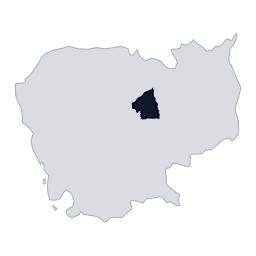 Sandan, Kâmpóng Thum, Cambodia shown in context
{"feature_id": "14789045B38871502259240", "entity_name": "Sandan", "entity_type": "district", "adm_level": 2, "iso_a3": "KHM", "parent_name": "Cambodia", "parent_adm1": "Kâmpóng Thum", "projection": "albers", "projection_center": [105.429, 13.113], "detail": "fine", "context": "in_parent", "style": "filled", "palette": "ink", "viewbox_px": 256, "rotation_deg": 0, "n_neighbors": 0, "source": "geoboundaries", "source_scale": "gbopen_adm2", "svg_char_len": 6434}
<svg xmlns="http://www.w3.org/2000/svg" viewBox="0 0 256 256"><path d="M236.5,33.8L237.2,36.2L235.5,40.8L233.6,44.9L230.1,48.6L229.9,51.2L228.7,59.2L229.2,61.7L230.1,63.9L231.2,65.0L234.4,72.8L237.3,79.8L240.1,85.6L240.6,89.3L238.2,98.6L235.2,107.2L235.5,111.5L236.9,115.7L238.3,121.4L238.8,128.7L238.1,133.4L236.8,136.4L234.2,139.4L232.0,141.0L229.3,138.4L227.1,138.3L224.2,139.1L222.0,140.3L217.3,144.8L212.2,149.1L205.1,150.3L202.4,153.5L199.4,153.9L193.8,154.1L190.1,154.9L190.3,156.5L190.0,164.1L190.1,165.9L189.5,166.3L187.0,166.6L182.6,165.4L176.8,163.6L172.6,163.3L170.5,166.6L169.2,167.9L167.6,168.1L166.0,168.7L165.4,170.2L165.3,172.0L166.1,175.2L166.4,180.2L166.2,183.6L167.8,185.8L176.7,193.0L179.4,194.8L179.7,195.9L178.1,199.9L179.5,205.5L176.7,205.4L172.0,203.0L169.8,201.5L167.1,202.7L166.1,202.5L164.3,199.7L161.9,196.9L159.4,196.8L154.2,197.9L148.9,198.6L146.9,198.6L146.0,199.1L142.9,203.3L141.6,202.6L136.2,201.0L131.3,200.4L130.3,201.5L130.9,204.9L132.0,208.2L131.4,209.6L128.7,211.3L125.1,214.4L122.9,216.9L121.4,217.5L116.0,217.4L110.6,217.7L108.4,220.0L106.3,221.7L104.6,222.2L97.5,216.5L83.5,214.4L82.0,211.9L80.7,211.4L79.3,214.7L71.6,217.8L68.4,215.8L66.1,213.5L66.4,210.7L68.7,208.4L72.5,206.8L74.3,201.1L71.5,193.7L68.9,191.5L66.2,189.8L63.4,192.5L61.0,197.2L58.5,199.6L55.0,200.1L49.8,199.9L47.9,192.8L47.3,186.8L48.0,179.9L48.9,175.9L44.0,170.2L43.8,164.9L41.4,162.1L40.7,163.5L40.7,165.0L40.1,163.9L32.4,148.2L31.2,140.9L32.6,135.3L33.4,133.4L31.2,130.4L28.1,127.1L22.6,122.6L22.3,115.7L21.1,107.5L19.5,104.7L17.0,99.6L15.7,95.4L15.4,84.4L16.1,83.5L20.0,83.2L25.1,82.5L25.9,80.7L25.0,79.2L28.3,76.8L32.9,71.4L36.6,65.7L39.2,62.1L40.7,58.5L46.0,53.5L53.2,50.1L58.0,49.3L63.1,48.1L67.9,46.5L70.2,46.3L76.2,48.4L79.4,49.0L82.9,49.0L86.4,49.2L89.5,49.0L96.8,47.6L104.6,48.8L111.6,47.9L120.3,46.3L124.5,47.3L128.3,49.0L128.9,52.3L129.8,53.9L131.1,55.1L132.8,55.1L135.0,52.7L136.8,50.3L137.4,49.9L137.5,51.1L138.4,53.7L140.1,56.3L141.7,58.0L144.5,60.2L146.3,60.4L152.2,58.2L161.1,61.3L162.1,62.9L165.0,66.1L168.1,68.3L175.0,68.5L177.4,62.9L176.2,59.4L172.3,53.5L171.2,50.0L172.5,49.4L179.1,48.7L180.2,48.0L181.7,44.1L183.5,44.6L187.2,45.0L191.1,42.4L193.4,39.6L194.6,40.9L196.0,42.8L197.5,43.9L200.4,45.6L203.5,47.9L205.4,50.2L206.9,51.1L210.9,50.4L212.0,50.5L214.2,47.7L215.8,46.2L217.2,46.6L219.2,46.5L223.3,43.0L225.7,39.7L226.9,38.8L230.6,40.4L232.1,40.0L234.2,35.6L236.5,33.8ZM45.3,183.5L44.6,184.0L43.8,183.9L43.1,183.3L43.2,180.8L43.8,179.2L45.0,178.9L45.3,183.5ZM56.9,208.5L55.3,210.2L52.8,206.6L52.8,205.7L56.9,208.5Z" fill="#d9dde1" stroke="#a8b0b8" stroke-width="1"/><path d="M132.9,108.1L133.4,108.1L134.0,108.1L134.8,108.0L135.1,108.2L135.2,108.4L135.3,108.6L135.5,108.7L135.6,108.9L135.8,109.0L136.0,109.2L136.3,109.2L136.3,109.3L136.4,109.5L136.5,109.6L136.5,109.8L136.6,110.0L136.9,110.3L137.0,110.3L137.1,110.5L137.3,110.8L137.2,111.0L137.1,110.9L137.1,111.0L136.9,111.2L136.8,111.4L137.0,111.5L137.1,111.8L137.1,112.0L137.3,112.0L137.2,111.8L137.2,111.7L137.3,111.4L137.5,111.3L137.6,111.2L137.9,111.2L137.9,111.3L138.1,111.2L138.3,110.9L138.2,110.8L138.5,110.7L139.0,110.4L139.6,110.4L140.0,110.4L140.3,110.4L140.7,110.4L140.9,110.5L141.0,110.7L141.1,111.0L141.2,111.4L141.2,111.6L141.1,112.0L140.9,112.3L141.0,112.4L141.3,112.4L141.5,112.5L141.6,113.1L141.6,113.7L141.4,114.3L141.3,114.5L141.0,114.7L141.1,114.8L141.3,115.0L141.3,115.3L141.3,115.6L141.0,116.1L141.5,116.5L142.0,117.1L142.1,117.6L142.2,118.2L142.2,118.4L142.0,118.5L142.4,118.7L142.6,118.5L142.9,118.5L143.0,118.5L143.3,118.6L143.5,118.5L143.9,118.6L144.1,118.6L144.3,118.5L144.7,118.6L144.9,118.6L145.1,118.5L145.3,118.5L145.4,118.4L145.7,118.3L145.9,118.2L146.2,118.1L146.4,117.9L146.5,117.9L147.0,117.5L147.1,117.4L147.3,117.6L147.5,117.6L147.9,117.6L148.2,117.6L148.6,117.5L148.9,117.7L149.0,117.8L149.3,117.8L149.5,117.8L149.6,117.7L149.8,117.7L149.9,117.8L150.0,117.8L150.4,117.8L150.6,117.8L150.8,117.8L150.9,117.7L151.1,117.8L151.3,117.8L151.5,117.8L151.8,118.0L152.0,118.0L152.3,118.0L152.5,118.1L152.8,118.0L153.0,117.9L153.4,117.8L153.5,117.8L153.8,117.7L154.0,117.7L154.3,117.7L154.4,117.8L154.5,117.7L154.8,117.8L155.0,117.7L155.3,117.6L155.5,117.6L155.7,117.4L155.9,117.3L156.0,117.3L156.0,117.2L156.3,117.2L156.4,117.3L156.7,117.1L156.8,117.3L156.9,117.2L157.1,117.3L157.2,117.2L157.4,117.3L157.5,117.4L157.6,117.5L157.6,117.8L158.0,118.0L158.3,118.0L158.6,118.1L158.6,117.8L158.6,117.7L158.6,117.4L158.8,117.2L158.6,116.8L158.4,116.7L158.2,116.4L158.2,116.2L158.3,116.2L158.5,116.0L158.6,115.9L158.8,115.6L158.9,115.3L159.0,115.0L159.0,114.8L158.9,114.4L158.8,114.2L158.6,113.8L158.5,113.4L158.4,113.3L157.8,113.1L157.7,113.0L157.5,112.4L157.5,112.2L157.8,112.0L158.1,111.8L158.2,111.5L158.4,111.2L158.5,111.1L158.5,110.9L158.4,110.8L158.2,110.6L157.8,110.2L157.6,110.2L157.3,110.1L157.0,109.7L157.0,109.4L157.3,108.9L157.3,108.6L157.1,108.2L157.0,107.6L156.7,106.7L156.5,106.3L156.5,106.2L156.8,105.7L156.7,105.7L156.8,105.5L156.9,105.4L156.9,105.2L157.0,104.9L157.1,104.7L157.2,104.4L157.2,104.2L157.1,103.9L156.8,103.7L156.8,103.4L156.7,103.2L156.4,103.1L156.2,103.0L156.0,102.8L155.8,102.7L155.7,102.7L155.7,102.4L155.4,102.2L155.2,101.8L155.2,101.3L155.1,100.9L155.0,100.5L154.6,99.7L154.6,99.4L154.6,99.1L154.7,98.8L154.7,98.4L154.6,97.9L153.8,97.0L153.0,96.7L153.0,96.4L153.0,96.1L153.1,95.9L153.0,95.7L153.1,95.4L153.0,95.2L153.0,94.9L153.0,94.7L153.0,94.3L152.9,94.0L152.9,93.9L153.0,93.8L153.0,93.7L153.0,93.2L152.8,92.8L152.8,92.7L153.0,92.4L153.0,92.2L153.1,91.8L153.0,91.6L153.1,91.4L153.1,90.9L152.9,90.6L152.8,90.4L152.8,90.1L152.8,89.8L152.8,89.7L152.5,89.4L152.5,89.2L152.3,89.4L152.2,89.6L151.9,89.9L150.8,90.2L150.7,90.2L150.0,90.4L149.9,90.5L149.5,90.8L149.0,91.1L148.7,91.3L148.4,91.4L148.0,91.5L147.6,91.7L147.2,91.8L146.6,92.0L146.1,92.3L145.2,92.7L144.9,92.9L144.6,93.2L144.4,93.6L144.3,93.8L144.0,94.0L143.8,94.3L143.3,94.7L143.2,94.9L142.9,95.3L142.6,95.6L142.3,95.9L141.6,96.7L141.4,96.9L141.3,97.0L141.1,97.1L140.1,97.5L140.0,97.4L139.7,97.6L139.3,97.8L139.2,97.8L138.9,98.1L138.6,98.2L137.7,98.8L137.5,99.1L137.3,99.4L137.1,99.6L136.9,100.1L136.9,100.3L136.7,100.6L136.4,101.0L136.2,101.3L135.6,101.7L135.2,102.0L134.9,102.3L134.7,102.4L133.9,102.9L133.3,103.2L133.0,103.3L132.5,103.6L132.7,104.4L132.7,105.0L132.7,105.6L132.7,106.0L132.7,106.4L132.7,106.8L132.7,107.0L132.7,107.4L132.7,107.6L132.8,108.0L132.9,108.1Z" fill="#0f172a" stroke="#020617" stroke-width="1.5"/></svg>